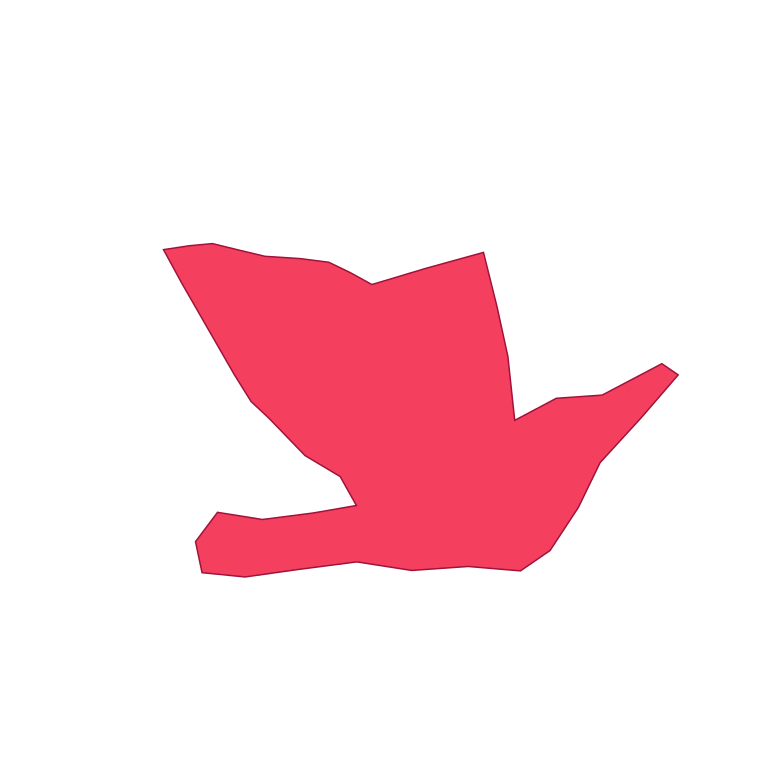 outline of Hazar, Balkan, Turkmenistan, rotated 238°
{"feature_id": "10190150B7816159308361", "entity_name": "Hazar", "entity_type": "district", "adm_level": 2, "iso_a3": "TKM", "parent_name": "Turkmenistan", "parent_adm1": "Balkan", "projection": "robinson", "projection_center": [53.382, 39.496], "detail": "fine", "context": "isolated", "style": "filled", "palette": "rose", "viewbox_px": 768, "rotation_deg": 238, "n_neighbors": 0, "source": "geoboundaries", "source_scale": "gbopen_adm2", "svg_char_len": 711}
<svg xmlns="http://www.w3.org/2000/svg" viewBox="0 0 768 768"><g transform="rotate(238 384 384)"><path d="M439.5,262.0L416.3,268.2L365.1,279.1L328.7,297.8L295.6,296.2L312.1,255.7L333.6,209.0L363.4,174.8L350.2,140.6L320.4,129.7L294.0,163.9L272.5,212.2L247.6,266.6L211.2,308.7L184.7,358.6L153.2,400.7L154.8,436.6L176.3,483.4L202.8,525.6L219.3,585.0L235.8,638.3L254.0,630.4L259.0,563.1L280.6,522.5L283.9,475.6L341.8,503.7L389.9,520.9L442.9,538.1L443.9,534.6L452.2,506.7L459.6,481.9L474.8,426.4L496.0,414.6L516.5,401.7L534.6,379.6L550.3,357.8L555.3,350.8L575.1,331.3L594.0,312.9L604.4,292.2L612.5,273.5L614.8,268.2L576.2,265.9L471.1,262.0L439.5,262.0Z" fill="#f43f5e" stroke="#9f1239" stroke-width="1.5"/></g></svg>